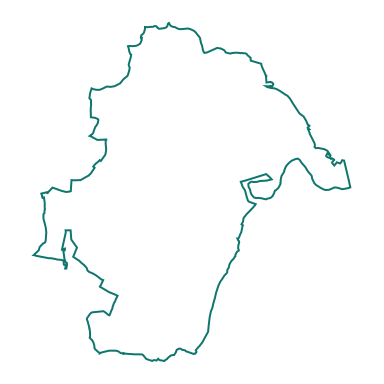 Caianu, Cluj, Romania (Albers equal-area conic projection)
{"feature_id": "2599482B32459864581078", "entity_name": "Caianu", "entity_type": "district", "adm_level": 2, "iso_a3": "ROU", "parent_name": "Romania", "parent_adm1": "Cluj", "projection": "albers", "projection_center": [23.923, 46.814], "detail": "fine", "context": "isolated", "style": "outline", "palette": "teal", "viewbox_px": 384, "rotation_deg": 0, "n_neighbors": 0, "source": "geoboundaries", "source_scale": "gbopen_adm2", "svg_char_len": 5867}
<svg xmlns="http://www.w3.org/2000/svg" viewBox="0 0 384 384"><path d="M241.3,232.1L242.4,226.6L242.9,225.3L241.5,224.3L243.0,221.7L243.5,218.2L246.2,214.6L252.8,207.8L255.3,204.9L255.7,204.1L249.3,201.9L248.0,200.8L246.6,196.5L245.2,191.0L244.4,189.2L243.5,188.2L242.7,186.8L240.8,181.8L244.6,180.8L266.2,174.1L269.3,176.8L271.7,179.4L266.7,180.6L260.1,181.0L256.7,181.9L254.0,182.0L251.2,181.7L248.4,183.7L248.3,184.9L248.7,187.1L250.0,189.4L250.6,192.3L251.7,194.9L253.9,197.4L256.0,198.1L258.2,197.9L261.1,198.2L265.7,199.3L266.4,199.2L267.1,198.7L269.5,198.2L271.0,197.6L272.5,196.2L274.0,193.4L274.8,190.8L275.8,190.3L278.0,188.3L279.1,186.7L280.6,183.7L280.3,182.8L280.8,181.2L280.6,180.8L280.7,179.7L281.5,176.0L283.7,172.5L284.2,171.4L284.4,170.1L285.7,166.9L286.9,165.1L289.1,162.8L291.7,160.7L295.4,159.1L297.8,158.6L299.7,159.9L301.5,162.7L305.2,166.9L308.0,171.5L311.3,175.3L311.7,176.0L312.1,178.5L314.3,183.2L316.1,185.0L321.4,188.3L324.5,189.8L326.4,190.0L329.1,189.8L334.7,187.4L337.2,187.7L342.4,189.2L347.4,188.3L350.3,187.4L348.6,179.5L344.1,160.6L342.2,160.2L340.9,162.6L340.0,163.5L336.9,162.3L334.3,165.5L332.0,162.8L332.6,161.6L334.2,160.0L334.1,159.6L332.0,158.4L331.1,159.0L330.7,158.4L330.5,157.6L330.1,157.2L329.5,157.8L329.1,157.5L328.5,157.7L326.9,156.8L326.1,156.0L326.2,155.6L327.4,153.3L329.9,155.4L330.3,155.7L330.5,155.4L327.4,150.8L324.6,149.3L318.7,148.0L315.7,148.1L314.9,147.1L314.6,147.0L314.9,144.9L314.5,143.2L309.6,133.5L309.6,132.8L308.2,129.5L309.3,129.3L307.7,127.8L309.1,126.2L308.7,125.9L309.2,125.6L307.5,124.1L306.3,121.0L303.6,116.5L300.0,113.9L298.9,112.6L292.8,103.3L289.9,98.5L287.5,95.8L285.2,94.5L280.0,91.0L277.4,89.5L274.7,88.4L271.0,88.0L267.1,87.0L267.0,86.8L266.0,86.2L269.0,86.3L270.9,85.9L272.3,86.2L273.1,84.8L273.3,84.0L272.5,83.1L272.5,82.8L271.4,82.2L270.6,82.2L270.4,81.9L266.5,82.5L266.0,76.7L266.3,76.4L266.3,75.6L265.6,75.3L265.1,73.7L262.5,68.1L261.5,65.3L261.3,63.9L261.1,63.7L250.8,60.7L250.6,59.1L250.7,58.0L248.2,55.7L247.7,55.5L246.7,54.0L245.4,53.3L242.5,53.2L241.6,52.9L240.4,53.2L238.9,52.8L235.1,52.7L233.2,53.0L232.5,52.9L230.7,53.5L229.8,53.5L225.8,52.5L224.7,50.9L223.7,49.9L220.2,48.3L219.4,48.4L217.2,47.9L207.2,52.4L204.4,52.9L203.8,52.2L202.9,50.0L202.1,45.8L200.8,42.5L200.8,41.4L200.4,40.3L200.1,38.2L199.1,36.6L197.8,35.2L196.0,32.7L194.1,30.9L191.0,29.4L188.0,28.5L180.7,29.2L178.4,28.9L174.6,27.0L173.2,26.9L171.3,26.2L170.2,25.2L168.9,23.0L168.0,23.7L167.3,26.2L167.0,26.6L165.9,27.6L163.4,28.3L159.0,28.8L157.3,27.6L157.4,27.3L156.4,26.4L154.9,26.0L152.5,26.9L150.0,26.9L147.8,27.2L145.0,27.0L145.0,28.9L144.1,32.1L143.5,33.4L141.7,34.9L141.0,36.2L140.9,37.7L141.0,38.2L141.8,38.0L141.6,38.7L141.8,39.9L140.2,43.6L137.4,45.4L135.4,45.9L131.6,46.2L129.8,45.9L128.0,46.2L128.8,48.7L129.2,51.3L130.2,53.9L131.2,54.7L130.6,57.8L128.7,64.4L128.9,65.9L129.7,67.5L129.4,69.9L128.1,74.4L127.4,76.0L123.3,79.4L120.1,83.4L114.6,86.2L110.6,86.9L107.9,86.6L106.4,86.7L103.5,88.2L99.8,89.8L96.4,89.8L93.1,89.1L91.6,88.4L90.1,93.2L89.4,98.3L90.9,99.8L91.0,100.7L91.0,103.3L91.1,104.4L90.7,109.2L90.9,117.3L95.1,117.8L98.1,119.2L98.4,120.0L97.8,123.0L96.3,125.8L95.2,127.0L93.2,132.8L92.6,133.8L89.7,136.0L92.0,136.8L92.6,137.5L93.6,137.8L97.2,139.9L107.2,139.5L106.4,139.7L105.6,140.7L105.7,144.4L106.2,149.1L105.9,151.8L105.3,154.7L100.8,161.0L99.7,160.1L98.1,161.8L95.5,163.8L93.5,166.2L93.2,166.6L94.6,167.8L90.7,173.6L88.9,175.2L88.9,175.4L80.5,180.1L74.0,180.3L71.5,180.1L70.8,191.2L69.9,191.5L66.3,192.0L62.0,191.0L52.5,187.6L48.0,192.4L47.6,193.1L46.6,192.8L46.6,192.3L41.3,193.6L42.4,196.5L42.5,196.9L42.2,197.0L42.6,197.9L44.0,197.5L44.5,201.4L44.7,202.3L44.7,208.1L45.0,208.9L44.5,210.5L44.4,213.3L43.5,214.1L43.4,217.2L43.6,219.4L44.2,221.4L45.7,227.3L46.3,232.5L45.7,240.4L45.2,242.3L42.7,243.8L39.7,247.0L38.7,250.3L33.7,255.1L34.9,255.2L35.4,255.6L36.1,255.8L49.3,258.3L50.4,258.1L55.4,259.0L56.5,259.4L61.0,259.9L63.5,260.5L63.9,264.7L65.8,265.1L65.2,268.6L66.3,268.6L67.0,264.8L66.8,262.9L66.0,262.8L64.4,258.9L64.0,255.1L63.3,251.0L64.8,250.4L64.9,248.6L62.0,249.5L65.5,233.7L65.8,232.0L65.6,230.3L70.6,230.3L71.3,239.6L77.0,247.6L73.2,256.8L79.1,260.7L82.0,263.4L84.6,265.4L84.7,265.9L85.8,266.8L87.0,268.6L87.4,270.4L89.5,272.2L91.2,272.7L93.6,273.9L96.1,275.4L101.3,279.4L103.2,280.1L101.1,284.5L99.9,286.7L109.0,292.1L114.7,294.4L117.6,295.8L115.8,299.3L115.0,301.6L114.1,302.9L113.4,304.5L113.4,305.0L112.6,306.7L112.4,308.5L111.3,310.7L109.8,314.8L109.4,315.3L108.5,315.0L105.6,312.6L103.5,311.2L92.6,312.3L91.5,312.6L90.0,313.9L87.0,318.3L86.8,319.1L87.7,321.6L89.4,328.0L89.5,328.4L89.3,328.4L90.0,331.7L90.1,337.1L89.7,337.5L90.3,338.6L91.8,339.8L93.3,342.2L94.1,344.7L94.4,346.3L94.4,347.8L94.9,349.0L98.9,352.6L100.1,352.8L100.0,353.3L101.8,352.4L109.1,350.7L115.7,350.7L117.7,351.1L119.4,352.1L120.6,353.0L122.9,353.6L123.7,354.0L124.1,353.7L123.9,353.2L125.7,353.7L134.1,354.3L142.0,354.4L143.2,355.2L146.2,358.9L150.1,360.3L151.6,360.6L152.1,361.0L153.3,360.3L154.4,360.1L156.6,360.5L158.1,358.8L159.6,360.1L164.4,361.0L165.4,359.9L166.8,359.3L168.0,357.8L170.6,355.7L171.7,355.2L174.2,354.9L175.9,352.2L176.3,350.9L176.8,349.8L178.9,348.7L180.6,348.7L182.3,349.9L184.3,350.1L185.2,350.5L185.8,351.2L193.8,354.0L194.7,353.5L195.3,353.6L196.5,351.9L195.8,350.2L198.5,346.9L199.3,346.3L202.8,341.7L204.0,339.2L208.0,332.0L208.2,330.9L208.7,325.4L209.7,317.0L210.9,311.4L212.4,307.7L213.3,303.5L214.9,298.1L216.1,292.7L218.3,286.0L220.4,281.5L222.5,278.6L224.4,275.5L226.5,273.4L227.2,272.4L227.3,271.8L227.2,270.3L228.9,267.2L229.4,264.5L229.8,263.7L231.4,261.0L234.0,258.3L234.5,257.1L235.3,256.4L235.4,254.8L236.6,252.5L237.2,251.6L238.7,250.7L238.8,250.0L238.1,248.1L238.4,245.0L238.9,243.7L239.2,241.7L239.0,241.1L238.2,240.4L237.5,238.8L238.1,239.0L238.6,237.8L239.0,237.6L240.0,234.8L241.3,232.1Z" fill="none" stroke="#0f766e" stroke-width="2"/></svg>